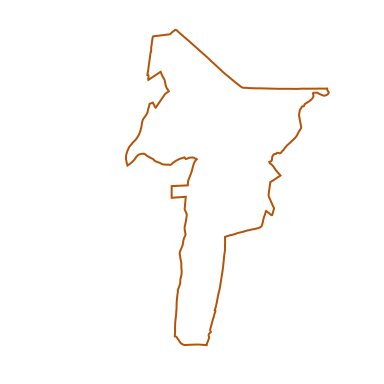 the district of Plopeni, Prahova, Romania, rotated 111°
{"feature_id": "2599482B12764649469915", "entity_name": "Plopeni", "entity_type": "district", "adm_level": 2, "iso_a3": "ROU", "parent_name": "Romania", "parent_adm1": "Prahova", "projection": "robinson", "projection_center": [25.96, 45.044], "detail": "fine", "context": "isolated", "style": "outline", "palette": "amber", "viewbox_px": 384, "rotation_deg": 111, "n_neighbors": 0, "source": "geoboundaries", "source_scale": "gbopen_adm2", "svg_char_len": 6033}
<svg xmlns="http://www.w3.org/2000/svg" viewBox="0 0 384 384"><g transform="rotate(111 192 192)"><path d="M332.9,156.3L332.8,155.8L332.8,155.0L333.3,153.9L335.9,150.2L337.1,148.4L337.4,147.3L337.6,146.4L337.6,144.9L337.5,144.0L335.4,139.3L332.2,131.7L329.7,123.4L328.3,123.7L323.5,123.7L321.8,123.8L321.6,123.9L320.9,124.4L320.0,125.1L319.6,125.2L318.9,125.3L318.3,125.2L317.2,124.8L316.1,124.2L315.7,124.3L315.5,124.7L315.2,125.0L314.7,125.4L314.1,125.7L313.5,125.8L308.6,126.3L305.0,126.7L302.9,126.9L302.0,126.9L301.3,126.8L301.0,126.9L298.3,127.3L295.9,127.3L294.3,127.7L294.3,128.4L291.5,128.5L288.1,129.0L286.8,129.2L285.9,129.3L284.8,129.6L283.5,129.8L280.3,130.4L277.2,130.9L275.3,131.1L271.5,131.6L269.8,132.0L263.2,133.4L254.8,135.2L252.2,135.8L250.2,136.3L244.3,137.9L239.6,139.2L236.9,139.8L234.6,140.3L232.9,140.9L230.2,142.0L227.5,142.9L224.4,144.2L223.3,144.7L222.1,145.1L221.7,144.7L221.3,144.1L219.8,142.2L219.1,141.5L218.4,140.5L218.0,139.6L217.2,138.6L215.5,136.4L213.8,134.5L211.7,131.3L211.0,130.3L210.6,130.0L210.4,129.5L209.7,128.6L208.3,126.8L207.7,125.9L207.1,124.8L206.5,124.0L206.0,123.4L205.5,122.7L205.0,121.7L202.1,117.3L200.7,115.8L200.3,115.6L199.3,114.9L198.7,114.8L197.2,114.8L196.5,114.9L194.5,115.1L192.3,115.5L189.5,115.8L188.7,115.8L186.8,115.8L185.7,115.9L183.9,116.1L183.5,116.1L183.1,116.0L183.3,115.4L183.9,113.8L183.9,113.4L184.2,112.3L184.4,112.0L184.9,110.4L185.0,109.8L185.0,109.2L184.8,108.9L177.8,109.5L175.5,112.0L173.3,114.1L169.3,118.1L168.7,118.6L167.9,119.2L166.5,119.7L164.0,120.3L154.6,122.4L154.2,122.0L150.8,119.5L144.9,115.3L144.3,116.4L143.3,118.4L141.5,121.7L141.3,121.9L140.5,123.0L139.7,124.2L138.5,126.0L137.7,127.9L137.4,129.2L137.4,129.6L136.2,130.6L135.3,129.6L134.9,129.3L134.6,129.1L134.0,128.8L133.3,128.9L132.6,129.1L130.9,129.6L130.1,129.7L129.2,129.6L128.1,129.3L127.7,129.1L127.0,128.6L126.8,128.3L126.5,127.6L126.4,127.4L126.1,127.2L125.5,127.0L124.8,126.4L124.6,125.8L124.5,125.1L124.5,124.1L124.2,123.6L123.9,123.3L123.6,123.1L121.8,122.5L121.2,122.3L120.2,121.7L118.9,121.4L117.9,121.2L115.2,120.3L113.6,119.6L112.8,119.1L110.6,118.0L108.9,117.2L108.2,116.9L107.1,116.3L105.2,115.4L103.4,114.7L101.6,114.3L98.7,114.0L97.8,113.9L94.4,113.3L93.4,113.1L92.9,113.2L92.6,113.2L92.2,113.4L91.0,114.1L89.6,114.9L88.4,115.8L86.9,116.6L86.2,117.0L85.5,117.6L84.1,118.3L82.6,119.3L81.9,119.6L81.3,119.8L78.8,120.3L76.8,120.7L76.1,120.6L74.6,120.1L73.7,120.0L73.2,120.1L72.9,120.0L72.6,119.7L72.1,118.7L71.7,118.3L71.5,118.2L71.3,118.2L70.7,118.3L70.3,118.3L69.9,118.3L69.6,118.2L69.3,118.1L65.9,115.5L64.7,114.7L62.7,113.6L61.9,113.3L60.5,113.0L59.4,112.9L58.8,113.0L58.2,113.3L57.1,114.1L56.7,114.4L56.3,114.4L56.1,114.3L55.7,113.9L54.4,110.7L54.4,110.3L54.6,109.5L54.8,108.9L54.8,108.1L54.9,104.7L54.8,103.7L54.7,102.9L53.9,101.9L53.2,101.1L52.5,100.6L51.9,100.3L51.1,100.0L50.4,99.9L49.7,100.3L48.8,101.6L47.8,102.6L47.0,102.9L54.1,121.0L56.2,126.5L57.9,130.4L62.7,143.2L64.3,147.2L70.7,165.3L72.2,169.2L74.5,175.8L75.0,177.7L75.6,179.3L76.2,181.3L76.4,182.1L76.4,182.9L76.0,184.7L73.8,191.7L72.1,196.7L69.5,204.4L69.0,205.8L59.9,228.4L53.1,246.5L51.2,251.7L48.3,259.8L46.5,264.3L46.4,265.0L46.8,266.0L47.6,266.3L49.0,267.3L52.7,269.1L53.8,271.2L54.4,272.4L58.8,280.6L59.1,281.3L60.6,284.0L61.6,284.1L62.5,284.0L66.5,283.1L69.5,282.3L71.0,282.1L73.9,281.1L75.7,280.5L75.8,280.7L77.0,280.6L82.3,279.3L91.0,277.3L93.2,276.7L98.8,275.6L98.6,274.7L99.4,274.1L101.2,273.6L102.0,273.5L103.0,272.9L91.2,264.5L91.0,264.3L92.6,262.9L95.0,260.5L96.0,259.2L97.1,257.9L97.5,257.6L101.7,254.9L102.9,254.0L104.0,252.8L104.5,252.3L104.8,251.6L106.3,249.7L109.9,252.2L121.2,254.9L126.3,256.1L126.2,256.5L125.9,256.9L125.3,257.6L124.9,258.1L124.3,258.5L124.0,259.0L122.6,260.7L123.7,261.7L124.8,263.2L125.9,263.1L126.9,262.9L128.0,262.7L130.7,262.6L132.4,262.3L133.2,262.1L134.6,262.1L136.2,262.3L138.4,262.9L141.3,263.7L142.5,263.8L144.3,263.6L145.5,263.4L146.3,263.3L149.0,262.6L149.8,262.5L150.5,262.4L151.6,262.5L151.8,262.4L152.8,262.1L153.3,262.1L155.8,262.0L158.4,262.2L162.3,263.0L163.8,263.5L165.8,264.4L168.0,265.3L171.4,266.4L172.5,266.7L173.0,266.8L175.4,266.9L176.9,267.0L179.0,266.9L180.6,266.8L182.4,266.4L182.9,266.2L183.7,265.8L185.0,265.4L185.4,265.2L186.2,264.6L187.4,263.9L188.8,262.9L190.4,261.7L187.1,259.5L184.8,258.3L182.5,257.4L179.8,256.7L178.7,256.4L177.8,256.0L176.5,255.3L175.8,254.6L174.7,253.2L174.0,251.8L173.5,250.8L173.5,250.4L173.5,249.8L173.7,248.9L174.4,246.8L174.5,246.1L174.8,244.0L175.0,242.5L175.0,241.9L175.2,240.5L175.3,240.0L175.6,239.3L176.2,238.2L176.3,238.1L176.3,237.9L176.4,236.2L176.5,234.7L176.5,234.2L176.4,233.9L176.3,232.7L176.7,229.8L176.7,229.1L176.4,228.1L175.6,225.6L174.7,223.1L174.6,222.3L174.3,221.7L174.2,221.6L173.8,221.3L173.4,221.1L172.4,220.7L171.8,220.4L168.6,218.2L166.6,216.4L165.2,215.0L164.5,214.2L163.9,213.3L163.2,212.5L162.4,211.5L162.6,210.9L163.0,210.6L163.2,210.2L163.4,209.8L163.2,209.3L163.0,208.9L162.7,208.6L162.2,208.1L161.6,207.5L161.1,206.9L160.8,206.4L160.3,205.7L160.1,205.1L159.6,203.9L159.4,202.7L159.4,202.3L159.6,201.8L159.6,201.1L159.5,200.3L159.6,199.8L159.7,199.3L160.3,199.6L161.9,200.1L163.1,200.4L164.6,200.4L165.9,200.4L167.5,200.3L169.8,200.0L172.7,199.7L174.2,199.6L183.1,199.6L187.3,198.3L193.8,213.1L204.7,208.9L198.7,196.1L201.5,195.3L209.3,193.1L210.9,192.6L211.1,192.3L211.8,191.7L214.3,189.2L215.7,188.5L222.0,187.1L224.5,186.8L224.8,186.7L226.6,186.5L227.9,186.1L229.2,185.6L230.0,185.2L233.2,183.2L233.9,182.8L234.8,182.7L236.1,182.8L237.5,182.9L238.4,182.9L240.9,182.6L242.3,182.2L243.9,181.9L245.0,181.7L246.3,181.7L251.8,181.9L252.7,181.8L254.1,181.3L256.6,179.9L258.1,179.1L259.7,178.0L262.3,176.4L263.9,175.8L265.5,175.2L267.2,174.5L269.9,173.1L272.2,172.4L273.5,172.1L277.5,171.6L279.1,171.1L281.4,170.3L282.2,170.2L284.7,170.1L287.6,170.1L289.2,170.0L289.9,169.5L294.3,168.5L295.8,168.1L299.1,167.2L301.6,166.4L306.3,164.7L312.9,162.7L318.4,161.3L320.8,160.6L324.5,159.3L328.6,157.7L332.1,156.6L332.9,156.3Z" fill="none" stroke="#b45309" stroke-width="2"/></g></svg>